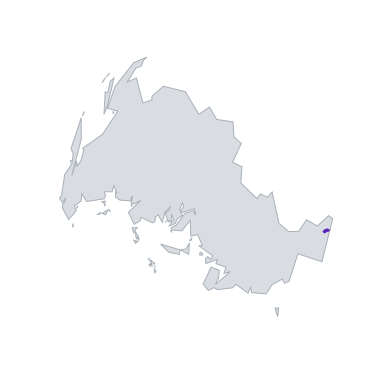 Russia, with Ingush highlighted, rotated 256°
{"feature_id": "RUS-2303", "entity_name": "Ingush", "entity_type": "Republic", "adm_level": 1, "iso_a3": "RUS", "parent_name": "Russia", "parent_adm1": "", "projection": "orthographic", "projection_center": [44.85, 43.115], "detail": "fine", "context": "in_parent", "style": "filled", "palette": "violet", "viewbox_px": 384, "rotation_deg": 256, "n_neighbors": 0, "source": "natural_earth", "source_scale": "10m", "svg_char_len": 4575}
<svg xmlns="http://www.w3.org/2000/svg" viewBox="0 0 384 384"><g transform="rotate(256 192 192)"><path d="M331.6,166.8L333.7,180.8L331.7,176.9L326.5,173.4L325.8,167.5L314.4,155.8L316.0,165.7L290.4,165.9L291.0,175.2L294.6,176.4L301.5,189.8L291.0,209.7L265.7,217.5L270.2,229.5L256.5,233.4L250.1,248.7L235.3,246.1L227.2,251.5L211.0,238.6L204.3,246.6L189.1,241.5L169.9,253.4L173.5,257.8L168.6,264.2L172.7,269.7L140.5,268.8L130.3,276.2L128.0,286.0L137.3,296.4L128.7,305.4L136.0,318.9L132.1,322.1L92.9,301.2L106.4,279.8L81.8,264.5L81.1,259.8L85.7,258.4L82.6,247.2L75.2,239.3L79.9,225.6L85.3,225.8L80.3,222.0L91.7,212.4L89.2,208.1L91.1,193.3L93.8,190.2L92.5,184.1L99.9,180.6L114.6,192.3L109.3,199.6L101.3,196.5L98.7,193.7L96.8,193.0L105.5,209.9L105.2,203.4L111.0,206.7L116.7,197.9L120.4,200.3L119.2,188.1L123.9,188.9L125.5,191.8L122.1,193.8L125.2,196.6L138.1,185.7L137.6,189.1L149.4,187.1L149.5,180.1L164.8,183.4L156.8,172.7L160.1,163.0L162.3,163.2L163.7,168.7L173.0,180.0L173.4,188.9L168.6,189.9L175.2,190.4L174.5,177.5L176.3,176.2L180.4,180.6L183.7,180.1L178.3,175.7L171.6,176.9L169.3,171.0L165.5,168.1L164.6,161.8L169.6,167.4L174.1,167.2L175.0,166.7L168.4,164.7L170.4,161.4L178.1,161.1L180.2,166.0L182.9,167.2L178.8,160.9L169.7,155.8L178.0,153.7L176.7,150.6L172.1,148.8L171.6,146.3L179.8,136.2L176.6,134.8L174.7,128.1L187.6,125.3L196.3,140.2L194.4,132.6L196.3,130.4L201.2,132.8L202.1,133.0L202.4,132.7L198.3,130.2L201.6,120.1L205.5,116.6L210.4,117.9L208.6,119.0L217.1,117.9L211.6,114.5L213.4,107.1L209.5,107.2L206.6,105.1L208.3,87.3L217.0,84.7L210.2,82.3L206.8,74.4L201.9,75.2L195.1,65.6L207.9,62.4L211.7,63.7L212.4,65.7L217.1,68.1L212.9,63.8L218.1,61.9L220.0,64.5L239.8,72.7L248.4,82.3L258.0,86.1L263.2,85.0L290.9,102.5L270.0,97.3L237.0,79.3L250.1,87.4L244.9,86.7L248.9,91.6L259.0,97.3L260.8,96.4L269.7,119.2L288.4,139.6L293.6,130.2L313.0,142.9L331.6,166.8ZM149.1,148.9L138.9,166.2L134.5,164.8L139.1,155.0L149.1,148.9ZM288.7,125.4L310.2,132.0L308.9,134.5L319.2,139.4L321.5,143.9L297.6,131.6L288.7,125.4ZM132.3,173.7L138.7,166.7L138.2,172.4L143.1,177.2L132.3,173.7ZM195.2,106.8L190.8,102.5L193.0,99.5L195.2,106.8ZM160.1,126.7L167.4,127.3L161.3,129.3L160.1,126.7ZM155.7,124.8L159.3,123.8L157.2,127.5L155.7,124.8ZM166.6,125.4L171.7,125.2L170.7,130.2L166.6,125.4ZM194.4,98.9L192.7,96.9L193.2,94.9L194.4,98.9ZM50.3,245.0L59.2,244.5L58.6,248.0L50.3,245.0ZM125.5,137.1L127.6,136.3L123.5,138.1L125.5,137.1ZM201.8,104.1L204.4,102.2L204.1,105.8L201.8,104.1ZM131.7,185.4L129.4,187.6L128.2,186.3L129.2,184.1L131.7,185.4ZM129.4,135.6L131.1,134.7L132.3,135.3L129.4,135.6ZM135.7,134.5L135.4,136.3L133.8,136.0L133.8,134.9L135.7,134.5ZM137.6,134.4L136.0,134.5L138.0,133.6L137.6,134.4ZM145.7,178.0L147.7,181.1L145.0,179.0L145.7,178.0ZM160.2,127.8L160.0,129.2L158.3,128.8L160.2,127.8ZM130.0,133.5L132.2,132.8L131.7,134.0L130.0,133.5ZM188.4,67.7L189.5,68.8L186.5,68.3L188.4,67.7ZM123.6,136.2L125.1,136.7L122.0,136.8L123.6,136.2ZM159.7,161.9L157.6,163.0L159.6,161.7L159.7,161.9ZM193.0,129.8L195.4,130.2L193.6,130.7L193.0,129.8ZM203.9,76.1L205.7,77.0L205.6,77.7L203.9,76.1ZM133.4,137.1L132.1,136.7L134.0,136.9L133.4,137.1ZM132.2,134.0L133.2,135.0L131.6,134.5L132.2,134.0ZM319.7,131.2L321.4,132.7L323.9,135.7L319.7,131.2ZM131.4,137.3L132.5,138.2L131.3,138.3L131.4,137.3ZM170.0,161.1L169.0,162.6L168.5,162.6L170.0,161.1ZM251.6,81.5L252.2,82.7L250.4,81.4L251.6,81.5ZM199.9,104.0L201.7,104.7L200.4,104.8L199.9,104.0ZM286.8,134.2L289.0,134.9L288.5,135.6L286.8,134.2ZM292.4,104.1L295.8,106.5L295.2,106.6L292.4,104.1ZM129.6,137.8L128.7,138.3L128.2,138.0L129.6,137.8ZM169.4,158.3L169.9,159.8L169.4,159.6L169.4,158.3ZM193.8,107.3L194.9,108.1L192.7,107.5L193.8,107.3ZM326.8,140.3L324.1,136.4L327.3,140.7L326.8,140.3Z" fill="#d9dde1" stroke="#a8b0b8" stroke-width="1"/><path d="M122.7,314.9L122.2,314.6L121.9,314.7L121.9,314.8L121.8,315.0L121.7,315.3L121.6,315.0L121.5,314.9L121.4,314.8L121.2,314.7L121.1,314.4L121.2,314.0L121.4,314.0L121.6,314.2L121.8,314.2L122.0,314.2L122.1,313.9L122.3,313.8L122.3,313.7L122.2,313.4L122.3,313.2L122.2,313.1L122.0,312.8L121.9,312.7L121.7,312.5L121.5,312.3L121.4,312.2L121.2,312.1L121.3,312.3L121.0,312.2L121.0,311.6L121.0,311.4L120.9,311.4L120.7,311.4L120.8,310.5L120.8,310.4L121.1,310.3L121.1,310.5L121.4,310.6L121.4,310.4L121.5,310.3L121.7,310.2L121.7,310.3L121.8,310.4L121.8,310.5L121.9,310.4L122.0,310.5L122.3,310.6L122.7,310.9L122.8,311.0L122.8,311.4L122.8,311.5L123.0,312.2L123.0,312.3L123.1,312.5L123.1,312.8L123.0,313.0L123.0,313.3L123.0,313.5L123.1,313.9L123.1,314.0L123.2,314.3L122.8,314.8L122.7,314.9Z" fill="#8b5cf6" stroke="#5b21b6" stroke-width="1.5"/></g></svg>